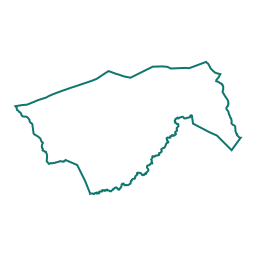 the district of Dadal, Hentiy, Mongolia
{"feature_id": "93677404B34451829621413", "entity_name": "Dadal", "entity_type": "district", "adm_level": 2, "iso_a3": "MNG", "parent_name": "Mongolia", "parent_adm1": "Hentiy", "projection": "equal_earth", "projection_center": [111.511, 49.05], "detail": "fine", "context": "isolated", "style": "outline", "palette": "teal", "viewbox_px": 256, "rotation_deg": 0, "n_neighbors": 0, "source": "geoboundaries", "source_scale": "gbopen_adm2", "svg_char_len": 5847}
<svg xmlns="http://www.w3.org/2000/svg" viewBox="0 0 256 256"><path d="M131.9,180.3L131.9,179.7L132.4,179.2L133.3,178.8L134.5,178.8L134.8,178.5L135.0,178.2L135.0,177.6L135.3,177.1L135.3,176.5L135.4,176.2L135.6,176.0L136.5,175.3L137.3,174.6L137.0,173.7L136.9,173.3L137.3,172.9L137.8,172.6L138.1,172.6L138.9,173.0L139.9,172.8L140.3,172.9L141.5,173.8L141.6,174.4L141.8,174.7L142.9,175.2L144.4,174.8L144.5,174.6L144.4,174.1L144.8,173.9L145.9,174.0L146.2,173.8L146.3,173.6L146.3,173.1L146.0,172.8L146.9,172.1L147.5,171.6L147.7,171.4L148.1,170.7L148.3,170.5L148.4,169.9L148.2,169.2L147.1,167.7L147.0,166.8L147.1,166.1L147.5,165.7L148.1,165.4L148.5,165.3L149.2,165.2L149.4,165.1L150.8,163.4L151.1,163.3L152.0,163.6L152.3,163.3L152.3,162.9L152.2,162.7L151.7,162.0L151.6,161.7L151.8,160.8L151.8,160.4L151.2,159.6L151.2,159.4L151.4,159.2L152.8,157.2L152.8,156.8L152.4,156.4L152.5,156.3L152.8,156.2L153.6,156.3L154.5,156.6L154.9,156.4L155.2,155.8L155.4,155.7L156.2,155.7L157.0,155.6L157.3,155.3L157.7,155.2L158.6,155.2L159.0,155.1L159.2,154.8L159.2,154.6L159.1,153.9L159.0,153.5L159.0,153.3L159.7,153.0L160.4,152.7L160.8,152.4L161.7,151.5L161.7,151.2L161.4,150.0L161.5,149.7L161.3,149.4L161.4,149.1L162.6,148.3L163.2,148.2L163.5,147.9L164.3,147.8L164.5,147.6L164.7,147.4L164.9,146.8L165.3,146.1L165.7,145.3L165.9,144.3L166.8,143.0L168.1,142.5L168.3,142.2L168.3,141.7L168.2,141.5L167.8,141.2L167.1,140.8L167.1,139.6L166.7,139.1L166.6,138.6L166.7,138.2L167.2,137.7L167.8,137.5L168.7,137.8L170.1,137.7L170.3,137.6L170.2,137.1L170.3,136.8L170.1,136.5L170.1,136.4L170.7,136.1L171.4,136.1L171.7,136.0L171.9,135.7L172.0,135.2L172.7,135.1L172.9,135.6L173.1,135.8L173.5,135.8L174.1,135.6L175.9,134.3L175.9,134.0L175.3,133.5L175.2,133.4L175.3,132.9L175.2,132.3L175.3,131.9L175.6,131.7L176.5,131.4L176.8,131.0L176.8,130.9L176.7,130.2L177.0,130.0L176.8,128.9L176.7,128.2L176.8,127.9L177.6,127.2L178.0,126.5L178.5,126.1L178.3,125.0L178.3,124.3L178.2,124.1L177.7,123.9L176.8,124.0L176.1,123.2L175.0,122.6L174.9,122.2L175.2,121.6L174.7,120.8L174.9,120.2L175.3,119.8L175.6,118.9L175.8,118.7L176.9,118.5L177.0,118.3L177.2,117.8L177.4,117.6L177.6,117.7L177.8,118.2L178.3,118.4L178.7,118.4L179.4,117.7L180.4,117.3L181.2,117.2L181.8,116.9L182.5,116.8L183.4,117.2L183.7,117.5L183.9,118.0L184.3,118.4L185.2,118.4L186.1,118.3L187.3,117.7L189.2,117.5L190.1,117.2L190.3,116.9L190.4,116.7L190.3,116.4L190.3,115.9L190.5,115.6L190.7,115.4L191.3,115.3L191.9,115.6L193.0,123.6L209.6,132.3L216.9,135.5L231.6,150.2L240.6,137.8L239.6,137.8L236.9,135.0L237.2,134.1L236.7,133.9L236.4,133.6L235.5,131.2L235.4,130.4L235.5,129.4L235.2,127.9L235.3,127.3L235.2,126.6L234.8,125.9L234.4,125.5L233.7,125.2L232.6,124.6L231.5,123.4L231.4,123.0L231.7,121.5L231.6,120.7L231.3,119.9L231.3,119.3L231.2,118.5L231.0,118.2L230.5,117.9L230.0,116.7L229.5,115.1L229.3,114.7L229.0,114.5L228.3,111.4L226.5,109.1L226.4,108.6L226.4,108.0L226.7,107.3L226.9,106.8L227.6,106.2L228.0,105.7L228.0,105.1L228.5,104.1L228.5,103.8L228.2,103.2L228.1,102.9L228.3,102.5L228.3,101.7L228.2,101.1L226.6,98.3L224.8,95.8L223.9,94.1L223.0,92.9L222.7,92.2L222.6,91.5L222.7,91.0L223.1,90.3L223.1,89.7L223.2,89.2L223.2,88.6L223.1,88.1L223.3,86.9L223.1,86.2L222.7,85.4L222.6,85.0L222.0,84.7L222.1,84.2L221.4,83.7L221.1,83.4L220.5,83.3L219.9,83.1L219.0,82.3L217.9,81.7L216.2,81.2L216.4,79.9L218.6,77.4L220.3,74.1L218.5,73.7L215.4,72.8L214.9,72.5L213.4,71.2L211.2,69.1L210.6,68.3L210.1,67.4L209.2,65.5L208.1,63.7L206.4,62.4L206.1,61.9L189.2,68.2L185.7,67.9L170.8,68.5L167.2,66.8L161.8,66.4L152.7,66.7L130.5,77.7L123.9,76.4L118.8,74.6L116.3,73.9L108.5,71.1L102.6,74.9L96.6,78.9L91.2,81.0L75.8,86.2L70.1,88.0L68.3,88.7L61.9,90.9L52.8,94.3L48.7,96.1L46.3,97.5L38.1,100.1L34.4,101.7L26.9,104.7L22.5,105.0L15.4,106.2L16.7,107.8L16.8,108.1L16.7,108.5L16.9,109.4L17.1,110.0L17.9,110.4L18.3,110.7L18.7,111.4L18.9,111.7L20.3,112.5L20.8,113.1L21.6,115.2L21.9,115.8L22.4,116.2L23.3,116.5L24.0,116.6L25.5,116.6L26.1,116.7L26.7,116.9L27.3,117.3L28.5,118.4L29.3,119.6L29.6,120.8L29.7,121.6L29.9,121.9L30.7,122.8L31.0,123.1L31.4,123.2L32.3,124.1L33.6,133.6L34.8,134.7L35.5,135.0L38.2,136.7L40.0,138.2L40.5,138.8L41.3,141.2L41.8,141.9L42.8,142.6L42.9,142.8L42.0,144.6L41.8,146.5L42.0,147.7L42.2,148.2L42.5,148.3L42.8,148.7L42.8,149.4L42.5,150.2L43.1,150.7L44.1,151.0L45.0,151.8L45.7,151.7L46.0,151.8L47.1,155.5L46.7,161.3L49.0,163.9L49.3,163.6L50.1,163.4L50.8,163.1L51.9,163.3L52.9,163.2L53.4,163.0L55.1,162.8L55.5,162.5L56.0,162.4L56.5,162.4L57.4,162.0L57.8,162.0L58.0,161.9L59.4,161.5L59.7,161.3L60.1,161.1L60.7,161.3L61.6,161.3L62.3,161.6L63.2,161.7L63.6,161.6L63.7,161.4L63.9,161.5L64.3,161.3L64.7,161.0L64.7,160.8L65.5,160.0L77.2,165.0L85.1,180.9L90.0,193.2L90.0,193.7L90.8,193.4L92.1,193.6L92.8,193.5L93.2,193.7L93.5,194.0L93.9,194.1L94.1,194.0L94.7,193.3L95.3,193.0L96.4,193.5L96.7,193.5L96.8,193.2L96.5,192.7L96.8,192.5L97.2,192.7L97.8,193.2L98.5,193.4L98.8,193.4L99.1,193.3L99.3,192.9L99.3,192.3L99.1,192.1L99.1,191.9L99.5,191.5L101.6,191.5L102.1,191.4L102.3,191.1L102.0,190.5L102.2,190.2L102.5,190.1L103.2,190.3L104.5,190.2L104.6,190.3L104.5,190.5L104.5,190.8L104.8,190.9L105.7,190.4L106.4,190.3L106.5,190.1L106.3,189.8L106.5,189.7L107.2,189.7L107.6,190.4L108.8,190.5L109.8,191.1L110.2,191.3L110.8,191.3L111.1,191.2L111.4,190.7L113.0,189.7L113.1,189.1L113.4,188.8L114.1,188.7L114.3,188.5L114.7,188.0L114.9,187.8L116.2,187.4L116.5,187.5L116.9,188.2L117.8,188.6L117.9,189.1L118.2,189.5L118.7,189.7L119.1,189.7L119.3,189.6L119.5,189.3L119.9,188.4L120.6,187.8L121.0,187.4L121.1,186.8L121.5,186.1L121.6,185.7L121.6,184.6L122.0,184.1L122.2,183.9L122.4,184.0L123.1,183.6L123.6,183.6L123.7,183.8L123.8,184.5L124.8,185.3L125.1,185.3L125.5,185.1L126.1,184.9L126.5,185.2L127.9,185.1L128.5,184.8L129.5,184.3L130.2,183.7L130.6,183.2L130.8,182.6L130.7,181.9L130.8,181.1L131.6,180.8L131.8,180.6L131.9,180.3Z" fill="none" stroke="#0f766e" stroke-width="2"/></svg>